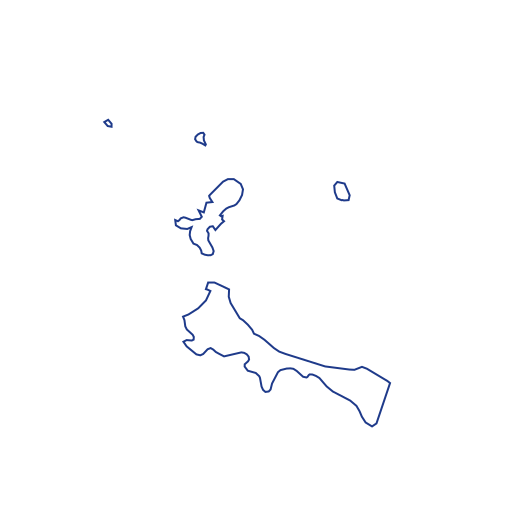 outline of Livorno, rotated 133°
{"feature_id": "ITA-5380", "entity_name": "Livorno", "entity_type": "Province", "adm_level": 1, "iso_a3": "ITA", "parent_name": "Italy", "parent_adm1": "", "projection": "albers", "projection_center": [10.397, 42.98], "detail": "fine", "context": "isolated", "style": "outline", "palette": "blue", "viewbox_px": 512, "rotation_deg": 133, "n_neighbors": 0, "source": "natural_earth", "source_scale": "10m", "svg_char_len": 2452}
<svg xmlns="http://www.w3.org/2000/svg" viewBox="0 0 512 512"><g transform="rotate(133 256 256)"><path d="M350.1,268.0L344.8,265.5L333.7,262.6L322.6,262.3L312.7,265.5L313.7,268.7L314.4,270.0L308.0,272.9L303.7,268.2L298.8,252.9L304.4,248.1L307.7,242.5L312.6,225.4L311.8,221.7L311.8,215.1L312.6,208.5L314.2,204.5L312.4,199.2L311.5,192.7L311.1,180.1L310.1,173.8L307.5,167.6L289.6,130.1L275.3,110.2L272.1,106.4L264.8,102.9L262.8,98.0L257.8,74.6L257.5,71.3L296.3,53.7L301.5,54.9L303.0,62.3L301.3,69.0L298.9,74.4L297.1,80.3L297.5,88.5L302.7,107.3L303.2,115.4L302.0,126.4L302.8,130.3L304.2,133.9L306.0,136.0L307.1,136.2L309.4,135.9L310.4,136.2L312.2,139.2L312.3,147.8L313.0,151.7L314.7,154.2L317.4,156.8L322.8,160.3L326.0,160.7L338.3,157.3L343.7,154.3L346.4,154.3L349.0,156.4L349.1,159.5L347.7,162.9L342.4,170.0L341.7,171.6L341.7,176.4L345.5,183.8L344.6,188.9L342.9,190.4L338.4,190.0L336.4,190.5L334.6,192.8L334.2,195.7L334.9,198.6L336.5,201.0L351.2,210.9L352.7,216.3L353.6,219.9L353.6,223.5L354.3,226.4L357.2,227.8L363.7,227.8L366.6,229.0L368.6,232.5L369.4,245.1L368.2,250.6L364.8,249.4L361.6,245.3L359.7,244.6L357.6,246.3L356.8,248.6L356.9,256.5L355.7,259.7L351.7,264.6L350.1,268.0ZM291.1,297.5L289.4,299.8L288.3,302.9L288.2,306.6L289.6,310.2L288.1,315.4L285.9,318.8L282.8,321.1L278.8,322.8L283.1,324.7L287.0,329.8L288.2,335.5L284.8,339.6L283.8,336.8L282.0,336.5L279.8,336.7L277.1,335.4L276.1,333.7L273.9,328.2L273.2,327.0L270.2,325.2L267.2,322.4L264.3,322.4L261.8,329.1L259.7,323.9L250.8,328.6L246.3,324.7L245.1,329.4L244.0,331.3L242.7,331.4L224.1,330.8L219.0,329.0L214.9,324.6L213.7,316.3L216.1,311.0L220.9,307.8L226.6,306.1L231.4,305.7L233.8,306.3L238.8,309.1L241.6,310.1L245.6,310.5L250.9,310.1L250.7,308.6L250.6,308.3L250.2,308.3L249.4,307.8L252.4,305.7L252.4,303.4L252.4,303.1L256.3,303.6L264.7,303.4L263.7,307.9L266.1,309.7L269.4,309.7L271.0,309.0L271.8,306.1L273.6,304.5L275.6,303.2L277.1,301.5L279.5,293.7L281.3,290.3L284.1,288.9L286.3,289.7L288.3,291.7L290.0,294.4L291.1,297.5ZM155.2,229.4L155.6,229.9L156.0,230.8L156.8,231.4L158.5,235.8L155.6,241.8L151.2,246.8L146.4,247.0L142.6,240.6L147.7,228.9L152.0,226.4L155.2,229.4ZM211.3,374.4L212.3,375.9L212.7,376.8L212.7,378.0L212.1,380.2L210.0,381.5L206.8,381.4L203.8,380.4L201.9,378.6L202.4,376.4L204.7,375.5L207.0,372.9L208.6,368.8L209.7,368.5L210.4,371.8L211.3,374.4ZM257.8,451.8L260.0,449.8L262.1,453.1L261.5,458.3L257.2,457.0L257.8,451.8Z" fill="none" stroke="#1e3a8a" stroke-width="2"/></g></svg>